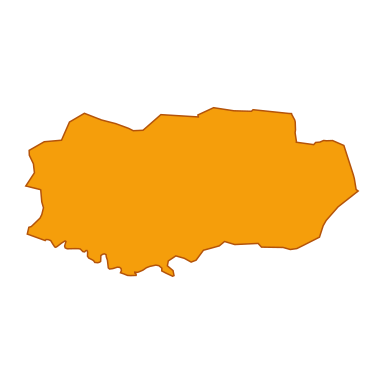 the district of Ikom, Cross River, Nigeria, rotated 268°
{"feature_id": "59680162B83284995722346", "entity_name": "Ikom", "entity_type": "district", "adm_level": 2, "iso_a3": "NGA", "parent_name": "Nigeria", "parent_adm1": "Cross River", "projection": "equal_earth", "projection_center": [8.557, 6.106], "detail": "fine", "context": "isolated", "style": "filled", "palette": "amber", "viewbox_px": 384, "rotation_deg": 268, "n_neighbors": 0, "source": "geoboundaries", "source_scale": "gbopen_adm2", "svg_char_len": 1777}
<svg xmlns="http://www.w3.org/2000/svg" viewBox="0 0 384 384"><g transform="rotate(268 192 192)"><path d="M187.2,358.1L188.8,356.1L199.7,354.7L203.6,353.8L233.2,345.4L238.5,334.3L238.5,328.1L238.9,325.4L237.4,321.5L237.2,317.3L235.1,315.3L238.1,298.0L239.0,298.1L247.7,297.1L250.5,297.6L258.3,297.6L260.3,297.2L266.0,294.4L266.9,294.2L267.1,291.6L272.1,255.9L270.6,254.2L271.7,236.7L275.5,216.5L268.8,200.6L266.8,200.9L270.4,163.6L255.4,145.2L255.3,135.4L257.8,130.9L263.0,118.1L267.2,103.9L274.4,87.2L266.2,72.0L248.3,63.4L247.4,46.1L239.3,30.7L234.4,30.7L225.7,34.5L216.7,35.2L203.8,26.1L199.8,40.2L199.4,40.9L187.5,41.5L181.4,43.0L174.7,41.1L171.2,39.2L163.1,30.2L162.4,27.7L155.7,25.9L148.6,43.6L149.6,44.5L149.4,46.7L148.4,49.1L144.8,51.1L141.9,52.9L141.5,53.9L142.3,55.4L145.5,59.9L147.4,63.1L147.4,63.8L146.9,64.3L142.4,62.8L140.6,63.3L139.6,65.3L139.5,73.0L139.3,76.8L138.9,78.4L136.2,80.9L135.9,82.6L137.2,83.9L137.2,85.0L135.5,85.6L131.5,85.3L129.6,86.5L127.5,90.3L126.6,91.4L125.0,92.4L124.6,95.4L125.1,97.3L125.9,98.3L131.7,98.7L132.8,100.4L133.3,102.2L132.4,103.9L130.1,104.1L126.7,105.1L119.1,105.7L117.9,106.9L118.2,110.2L119.5,114.8L119.2,117.1L118.0,118.4L115.9,118.7L113.8,117.7L112.6,120.8L110.9,124.6L110.6,127.6L110.6,133.2L111.9,133.3L113.1,132.0L113.9,132.0L113.6,134.8L114.3,136.9L115.6,140.2L117.9,143.8L119.1,147.2L120.2,153.3L119.5,156.4L116.9,159.2L114.2,159.0L111.9,163.0L108.5,169.7L109.1,171.1L114.1,170.3L119.1,164.8L123.9,165.9L128.7,173.6L126.0,182.0L122.0,188.7L123.7,193.7L133.4,201.4L135.2,209.1L137.2,217.4L141.4,222.8L138.0,232.9L138.3,256.3L134.5,259.5L133.4,281.1L131.1,288.2L131.8,294.8L134.8,301.4L142.4,317.8L153.7,321.9L158.9,325.1L159.0,325.2L172.1,337.5L187.2,358.1Z" fill="#f59e0b" stroke="#b45309" stroke-width="1.5"/></g></svg>